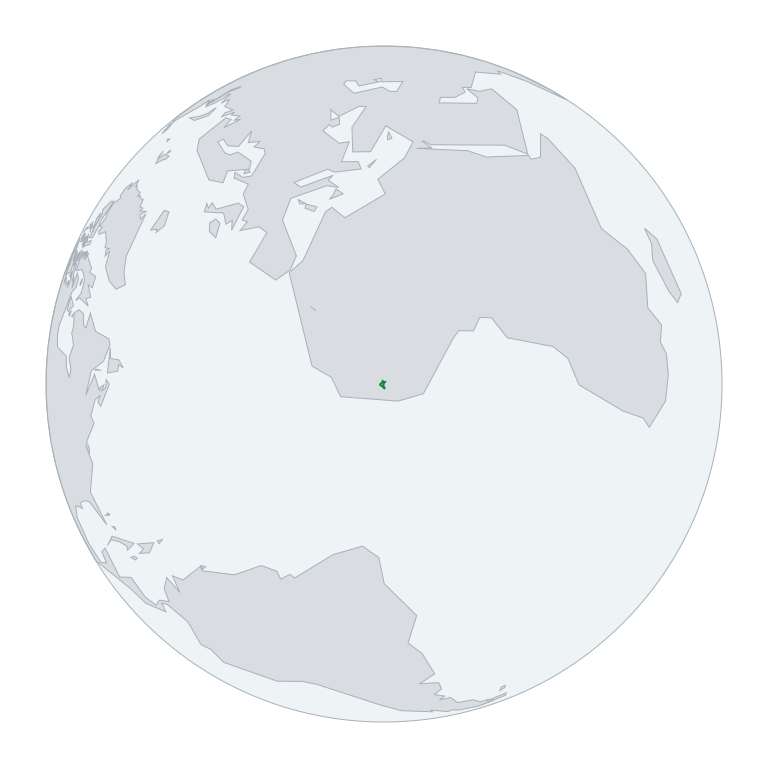 Dabola on an orthographic globe, rotated 310°
{"feature_id": "GIN-5632", "entity_name": "Dabola", "entity_type": "Prefecture", "adm_level": 1, "iso_a3": "GIN", "parent_name": "Guinea", "parent_adm1": "", "projection": "orthographic", "projection_center": [-11.021, 10.553], "detail": "fine", "context": "on_globe", "style": "filled", "palette": "green", "viewbox_px": 768, "rotation_deg": 310, "n_neighbors": 0, "source": "natural_earth", "source_scale": "10m", "svg_char_len": 9351}
<svg xmlns="http://www.w3.org/2000/svg" viewBox="0 0 768 768"><g transform="rotate(310 384 384)"><circle cx="384" cy="384" r="338" fill="#eef3f6" stroke="#a8b0b8"/><path d="M284.0,61.2L283.5,61.5L255.3,74.1L262.0,71.8L255.5,76.6L260.8,76.1L254.0,79.6L264.1,76.3L269.3,73.3L275.4,71.1L279.1,70.9L271.1,74.9L268.1,75.6L267.6,76.8L262.1,79.1L266.9,77.8L256.8,83.4L272.0,77.8L268.3,82.2L260.2,86.0L254.3,85.7L220.8,97.3L210.8,102.9L202.5,110.2L201.1,122.7L192.8,129.7L186.5,139.0L194.1,134.6L201.8,125.9L214.4,121.0L222.3,112.1L228.6,109.2L239.4,101.0L244.9,102.6L244.5,108.9L235.8,116.2L235.3,119.6L249.5,113.5L238.9,129.2L241.8,144.0L238.2,148.7L220.9,154.6L206.1,151.2L183.6,162.9L205.4,156.1L196.2,169.6L197.8,172.6L202.5,172.9L208.8,168.4L207.2,173.7L185.0,181.3L186.1,176.5L193.1,173.9L186.1,172.9L171.1,179.9L167.6,187.1L148.6,193.3L145.9,198.9L140.3,204.0L145.9,194.3L135.4,212.4L112.5,228.5L97.9,262.3L104.4,234.2L102.0,229.4L97.6,227.7L94.9,233.0L92.8,226.0L84.5,234.7L72.1,260.3L65.4,282.0L68.7,286.3L74.1,275.7L79.0,275.9L66.2,305.5L73.3,314.6L67.3,338.0L68.1,351.8L73.9,350.8L79.2,359.2L86.2,346.9L96.1,342.0L93.1,361.6L101.1,345.2L104.8,356.1L126.5,360.6L124.0,364.7L141.7,392.1L166.0,406.7L171.7,422.0L168.2,430.3L177.8,434.4L178.0,440.2L220.6,454.7L246.0,471.8L247.7,491.7L231.2,512.5L227.6,557.9L201.1,568.8L202.0,586.3L194.6,609.1L177.5,604.1L190.4,618.0L187.4,624.0L178.5,622.4L183.9,631.0L177.6,629.6L186.7,636.5L187.2,645.2L199.3,655.1L202.4,661.9L210.6,667.5L207.9,666.6L207.8,667.7L211.3,670.5L198.2,663.4L182.4,651.0L178.2,645.8L174.4,643.8L164.2,629.6L164.0,631.8L145.0,607.4L135.9,587.9L111.0,526.2L103.5,512.3L87.7,493.3L67.8,440.3L69.4,421.8L66.7,411.4L75.7,386.7L75.9,359.7L73.3,354.8L69.2,363.4L63.0,342.8L64.3,321.7L63.5,277.2L65.9,270.1L74.8,247.7L85.3,226.0L97.3,205.2L110.8,185.2L125.6,166.2L141.8,148.4L159.2,131.7L177.7,116.4L197.3,102.3L217.8,89.8L239.2,78.7L261.3,69.1L284.0,61.2ZM92.7,273.5L101.2,295.0L92.0,294.2L94.5,291.7L93.3,283.6L89.5,274.9L82.7,276.0L92.7,273.5ZM106.2,257.2L104.4,255.0L106.8,255.7L106.2,257.2ZM235.6,100.9L237.4,101.0L234.5,102.4L235.6,100.9ZM238.6,97.5L233.9,99.2L234.6,97.8L237.5,96.8L238.6,97.5ZM244.3,95.9L236.4,95.4L237.8,93.2L250.0,87.8L244.3,95.9ZM269.4,72.6L264.0,75.7L265.1,73.5L269.4,72.6ZM268.6,71.8L263.2,70.0L272.9,66.0L272.7,67.0L282.6,62.7L289.9,61.4L286.2,63.6L278.5,66.3L287.2,63.9L268.6,71.8ZM278.0,70.1L276.0,69.8L284.3,66.1L289.7,66.2L285.3,67.3L278.0,70.1ZM281.5,62.5L288.6,60.2L296.5,58.4L300.4,57.4L290.9,61.1L281.5,62.5ZM285.2,68.0L292.2,66.4L291.6,68.0L280.4,70.3L285.2,68.0ZM284.1,65.3L288.3,63.7L287.8,64.5L284.1,65.3ZM293.4,74.3L290.9,73.3L294.9,71.2L293.4,74.3ZM294.9,65.7L295.0,65.2L296.4,64.4L300.7,63.8L294.9,65.7ZM297.2,59.9L299.0,59.9L301.4,58.3L307.5,57.4L300.1,60.2L305.8,58.7L307.7,58.5L299.6,61.1L297.2,59.9ZM309.1,61.1L301.8,65.4L305.6,67.3L302.0,69.0L296.6,65.8L309.1,61.1ZM304.2,60.8L306.5,61.3L300.9,62.9L296.0,63.6L304.2,60.8ZM314.2,56.0L306.9,56.5L308.7,56.0L314.2,56.0ZM311.3,61.3L313.0,60.3L312.2,61.2L311.3,61.3ZM314.6,57.1L311.7,57.2L313.9,56.5L314.6,57.1ZM318.8,58.5L316.5,59.7L313.0,60.1L318.8,58.5ZM317.8,57.6L321.5,56.7L313.2,59.5L316.1,57.7L317.8,57.6ZM317.1,56.4L317.5,56.1L318.0,56.5L317.1,56.4ZM333.2,57.1L323.7,60.5L316.1,61.0L326.4,57.5L333.2,57.1ZM223.7,677.1L201.1,665.3L212.1,671.1L210.8,668.2L226.0,676.1L223.7,677.1ZM223.7,669.7L227.5,668.8L231.0,670.5L229.2,671.7L223.7,669.7ZM705.4,279.5L708.9,291.6L716.4,323.3L718.6,339.5L707.4,298.1L696.8,269.4L696.3,274.2L681.8,253.6L667.1,260.2L661.8,253.5L659.7,258.6L649.1,254.0L639.9,243.0L634.9,245.6L658.6,274.6L663.6,272.1L663.4,257.6L669.4,268.9L679.3,276.7L679.5,309.4L652.5,346.4L644.7,323.2L597.3,265.9L595.8,258.6L595.4,257.9L594.5,256.5L595.4,268.6L585.5,257.6L616.4,298.0L623.9,316.8L652.2,348.0L650.8,352.3L658.3,358.1L676.2,343.1L677.4,351.2L672.1,391.6L642.8,450.6L643.8,483.9L636.7,513.5L612.0,537.0L607.6,558.7L593.9,568.6L588.7,581.0L574.0,595.7L551.9,610.6L521.3,615.1L524.5,604.3L517.0,584.7L508.7,534.0L521.9,508.3L521.3,489.3L498.6,448.7L503.9,424.0L496.5,414.5L482.1,418.4L472.9,407.0L463.6,407.6L401.9,420.4L380.0,405.8L346.4,359.0L355.3,339.3L351.5,317.3L408.3,239.9L426.5,242.6L478.2,228.5L485.8,230.4L486.3,247.2L530.4,262.8L536.8,247.7L570.2,254.3L588.2,250.7L582.9,219.4L553.4,224.4L541.7,210.9L560.1,194.4L584.9,191.9L581.1,186.7L560.0,177.4L560.0,166.9L552.0,173.7L559.4,178.2L554.5,183.1L547.5,179.3L547.8,175.4L538.7,174.4L539.6,194.8L547.2,201.7L526.9,208.6L537.7,221.2L534.1,228.3L514.6,210.1L512.2,202.7L480.5,185.5L481.2,193.6L511.2,210.9L504.3,210.1L505.4,223.0L499.2,212.7L466.3,193.3L444.2,201.0L425.8,234.6L410.9,238.8L394.0,234.2L391.0,202.6L424.7,197.0L424.1,187.3L409.0,175.1L420.5,175.0L418.5,169.8L430.4,167.8L439.0,154.1L449.9,151.6L445.4,136.7L450.4,133.8L451.6,143.1L458.3,148.9L484.3,144.8L487.0,141.1L482.1,132.2L489.9,132.9L481.7,124.9L492.8,119.9L472.4,119.8L466.0,111.0L468.4,103.6L462.7,101.1L458.7,113.5L460.4,118.7L467.8,122.9L469.3,139.0L462.0,142.8L446.6,127.1L434.6,131.4L427.8,118.7L442.7,90.6L452.9,85.0L486.2,91.8L488.4,96.9L477.4,96.6L494.7,104.0L489.9,99.9L496.4,101.0L491.9,94.2L496.2,94.8L484.5,87.9L489.3,87.8L496.7,92.2L494.2,83.7L502.2,82.9L499.5,80.8L494.4,78.9L508.0,80.0L505.4,78.5L500.0,77.5L491.3,74.1L481.3,69.1L486.6,69.7L490.9,71.6L507.8,77.2L518.5,83.1L519.6,83.0L511.6,78.1L491.0,71.1L483.5,68.0L493.0,70.5L489.0,69.3L486.9,68.0L489.7,67.7L479.1,64.8L449.1,53.8L451.6,53.2L463.4,55.8L454.7,53.6L479.2,59.8L503.1,67.8L526.4,77.5L548.9,89.0L570.4,102.1L590.9,116.8L610.3,133.0L628.4,150.6L645.1,169.5L660.4,189.6L674.1,210.7L686.2,232.8L696.7,255.8L705.4,279.5ZM396.1,277.9L396.3,284.5L396.1,277.9ZM616.4,205.7L627.8,204.0L613.5,187.2L616.7,185.5L610.7,180.8L612.4,186.0L596.3,173.3L597.9,167.1L591.8,160.1L587.7,160.5L587.4,174.2L610.5,191.9L611.7,200.0L616.4,205.7ZM127.3,360.5L129.5,364.9L125.7,364.2L127.3,360.5ZM88.5,301.6L91.4,303.1L92.1,306.7L89.5,306.8L88.5,301.6ZM118.1,311.2L122.5,314.2L117.0,314.4L118.1,311.2ZM103.0,298.0L114.5,309.7L104.0,312.7L97.1,305.7L103.2,305.8L103.0,298.0ZM100.3,267.5L101.6,269.6L99.7,272.8L100.3,267.5ZM108.0,257.8L107.1,257.9L107.4,254.7L108.0,257.8ZM197.6,169.1L199.3,168.7L203.1,170.1L199.3,171.7L197.6,169.1ZM232.0,165.2L228.7,174.0L228.4,168.4L222.5,171.7L214.6,165.1L236.1,150.8L227.7,158.1L232.0,165.2ZM210.0,153.6L212.6,158.5L208.9,153.7L210.0,153.6ZM395.6,146.8L402.3,149.1L401.6,155.1L387.8,161.1L388.6,152.1L395.6,146.8ZM411.9,151.3L400.4,135.7L408.5,132.2L405.9,136.6L412.5,135.9L410.0,143.0L429.0,156.2L429.6,162.6L403.8,168.4L411.9,162.5L404.9,160.2L411.9,151.3ZM356.7,110.7L351.9,106.3L375.8,104.1L377.6,108.6L364.0,114.1L353.8,112.1L356.7,110.7ZM267.3,87.5L263.9,87.8L266.1,86.4L270.8,85.1L267.3,87.5ZM291.9,74.0L284.5,85.8L280.2,86.4L281.1,93.9L270.1,98.7L269.9,93.5L262.1,103.4L257.6,100.7L253.5,107.5L254.3,95.4L249.9,94.1L259.0,93.5L269.2,88.9L272.3,86.6L277.7,79.4L273.3,75.5L282.7,71.2L290.6,69.2L293.0,69.5L286.1,72.0L294.4,70.6L286.4,74.5L291.9,74.0ZM376.7,62.2L367.7,62.7L382.9,65.0L375.0,67.1L377.2,67.3L374.0,70.1L374.1,74.1L369.5,74.9L371.6,76.2L369.5,78.5L370.7,80.8L362.9,83.2L363.8,86.3L359.6,85.7L363.2,90.7L357.0,88.2L353.8,91.6L361.4,92.2L316.4,104.3L302.3,113.0L293.8,122.1L284.4,117.8L286.3,107.2L294.7,95.3L309.7,88.3L302.7,88.2L307.8,85.0L311.2,86.4L309.0,82.5L314.1,80.4L321.6,72.8L315.4,69.6L318.0,67.2L323.0,67.4L322.0,65.0L333.2,64.1L335.4,62.5L348.5,60.6L356.9,62.8L358.7,61.0L368.7,60.1L376.7,62.2ZM337.0,56.5L348.9,57.6L350.4,59.6L326.9,62.2L323.4,63.8L308.4,66.6L306.6,63.9L311.0,63.2L314.9,62.0L313.9,63.3L317.7,61.4L323.9,60.7L328.5,59.1L331.1,59.8L337.0,56.5ZM490.4,223.5L495.5,223.6L502.6,221.9L503.4,230.4L490.4,223.5ZM467.9,210.4L471.9,208.8L476.6,219.0L471.2,219.4L467.9,210.4ZM470.2,199.8L471.8,208.0L467.8,203.8L470.2,199.8ZM455.0,141.6L458.8,139.9L460.8,141.9L460.5,145.4L455.0,141.6ZM420.4,73.0L414.9,72.1L415.1,71.2L406.2,67.5L411.4,66.2L418.8,67.9L420.4,73.0ZM580.1,225.5L577.3,232.2L573.5,229.8L575.3,227.9L580.1,225.5ZM540.3,231.4L551.3,233.8L540.4,233.7L540.3,231.4ZM424.6,71.0L420.3,69.5L425.5,69.8L424.6,71.0ZM414.8,65.2L420.3,65.2L411.0,65.7L414.8,65.2ZM670.5,499.7L644.2,553.7L635.1,556.5L638.3,542.2L651.3,510.5L663.5,498.8L670.8,483.4L670.5,499.7ZM719.3,342.0L716.9,326.1L717.8,331.6L719.3,342.0ZM463.0,64.1L469.6,70.0L477.8,74.9L487.9,77.9L476.5,76.9L463.9,69.3L463.0,64.1ZM450.3,54.6L441.5,53.0L443.2,52.8L445.5,53.2L450.3,54.6ZM446.4,54.3L439.4,54.3L433.2,52.9L439.9,53.1L446.4,54.3ZM432.5,60.8L434.0,62.4L429.7,61.9L432.5,60.8Z" fill="#d9dde1" stroke="#a8b0b8" stroke-width="1"/><path d="M381.5,387.3L381.3,387.3L380.7,387.3L380.6,386.9L380.7,386.3L380.8,386.1L380.8,385.8L380.8,385.1L380.9,382.9L380.9,382.6L380.7,382.5L380.7,382.4L380.7,382.2L380.6,381.6L380.8,381.4L381.3,381.0L381.7,381.0L383.0,381.2L383.1,381.4L383.3,381.6L383.6,381.7L384.0,381.6L384.6,381.2L385.1,380.8L385.5,380.8L385.8,380.7L385.9,380.8L385.8,381.0L385.7,381.1L385.5,381.3L385.4,381.4L385.3,381.5L385.2,381.7L385.2,381.8L385.0,382.0L384.9,382.0L384.7,382.2L384.7,382.3L384.8,382.4L384.9,382.5L385.7,382.7L385.7,382.8L385.8,382.8L386.0,382.9L386.2,383.0L386.3,383.2L386.5,383.4L386.3,383.4L386.1,383.7L385.7,383.7L385.2,383.7L384.8,383.4L384.4,383.5L384.0,383.7L383.5,384.2L383.2,384.5L382.7,384.5L382.4,384.8L381.9,384.9L381.8,386.3L381.7,386.9L381.5,387.3Z" fill="#22c55e" stroke="#15803d" stroke-width="1.5"/></g></svg>